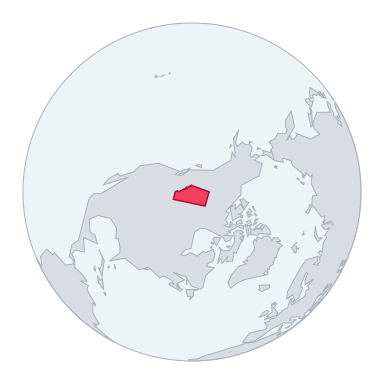 the Earth from above Alberta, rotated 107°
{"feature_id": "CAN-632", "entity_name": "Alberta", "entity_type": "Province", "adm_level": 1, "iso_a3": "CAN", "parent_name": "Canada", "parent_adm1": "", "projection": "orthographic", "projection_center": [-116.491, 54.496], "detail": "medium", "context": "on_globe", "style": "filled", "palette": "rose", "viewbox_px": 384, "rotation_deg": 107, "n_neighbors": 0, "source": "natural_earth", "source_scale": "10m", "svg_char_len": 10874}
<svg xmlns="http://www.w3.org/2000/svg" viewBox="0 0 384 384"><g transform="rotate(107 192 192)"><circle cx="192" cy="192" r="169" fill="#eef3f6" stroke="#a8b0b8"/><path d="M46.7,278.1L47.1,278.9L46.7,278.1ZM300.2,321.8L307.0,314.6L306.1,314.1L298.1,318.0L288.9,314.2L292.9,306.7L290.2,305.7L298.9,291.5L295.6,284.6L292.3,285.4L289.6,290.6L277.3,291.4L271.7,286.5L228.1,288.5L222.3,285.4L220.3,278.7L196.3,257.1L211.1,278.8L203.5,275.5L195.7,268.1L198.0,265.8L190.0,253.8L182.0,249.2L174.3,232.4L175.9,209.6L179.8,213.2L179.7,207.6L174.9,202.9L171.7,201.2L165.0,177.9L150.1,163.9L142.0,165.4L146.5,160.6L128.8,167.9L118.6,165.5L132.3,164.7L135.3,161.9L129.4,158.3L131.2,154.8L129.4,151.1L132.1,147.4L139.9,147.5L141.7,145.2L137.4,142.8L137.4,137.8L143.5,141.5L144.1,133.2L157.2,132.7L171.2,147.0L180.6,144.5L200.6,153.9L200.9,150.1L208.7,151.8L211.9,148.2L214.7,151.3L214.9,145.8L211.7,143.8L210.7,140.8L212.3,138.6L216.2,141.9L215.9,143.5L217.9,143.4L219.1,146.1L219.4,143.5L223.9,148.1L221.9,140.4L227.5,141.5L229.8,145.4L226.3,149.0L223.1,168.2L224.4,173.8L229.6,177.8L246.3,176.5L249.0,181.2L255.1,184.7L255.1,180.1L250.3,175.8L251.8,168.3L245.8,164.2L245.6,160.7L240.7,155.2L245.0,151.8L251.7,151.6L255.9,156.1L259.0,156.3L257.8,148.7L268.4,154.4L280.1,153.6L282.5,155.7L282.1,165.2L274.9,173.0L274.3,186.5L278.3,173.7L284.1,179.7L286.6,179.1L288.3,176.5L287.5,172.7L290.2,174.1L287.3,187.0L284.8,185.9L285.7,181.7L282.4,185.7L280.5,194.9L283.6,197.5L277.5,209.7L279.6,211.9L279.5,215.9L276.5,211.6L281.8,219.7L275.0,236.8L282.1,250.8L271.3,243.2L265.1,245.0L258.1,248.8L259.2,251.1L248.5,253.6L241.1,262.3L241.9,275.0L248.2,282.2L259.8,278.1L261.7,272.0L269.2,267.4L267.2,282.4L281.0,277.3L281.5,286.7L286.0,288.9L292.1,284.0L298.6,282.0L302.1,274.1L308.1,266.3L309.6,272.9L311.9,263.8L316.0,264.0L327.3,252.0L326.8,254.5L336.6,251.5L344.9,242.4L346.9,243.8L346.1,248.0L348.5,244.2L348.5,245.8L356.1,229.0L358.2,222.2L358.0,223.3L355.2,235.9L351.3,248.3L346.5,260.3L340.9,271.9L334.3,283.1L326.9,293.7L318.7,303.7L309.8,313.1L300.2,321.8ZM91.0,261.0L91.5,257.8L93.3,261.0L91.0,261.0ZM90.4,255.0L90.5,256.3L90.1,255.1L90.4,255.0ZM89.2,253.6L90.0,254.6L88.9,253.8L89.2,253.6ZM87.4,252.1L88.4,252.8L87.4,252.1ZM283.1,256.0L298.7,253.4L291.4,259.6L292.5,257.4L288.2,257.0L280.8,258.6L274.0,264.2L283.1,256.0ZM85.1,248.8L84.6,247.9L85.6,248.2L85.1,248.8ZM286.4,244.1L283.8,245.2L286.1,243.6L286.4,244.1ZM170.0,201.1L174.6,203.2L178.3,208.9L174.3,207.5L170.0,201.1ZM163.3,190.5L165.9,190.3L165.7,196.1L164.3,194.4L163.3,190.5ZM135.8,167.4L139.2,169.1L135.3,168.7L135.8,167.4ZM128.6,151.3L127.1,152.0L126.8,149.9L128.6,151.3ZM238.7,157.5L239.7,156.4L240.1,158.0L238.7,157.5ZM235.7,156.2L235.5,158.8L234.0,158.7L234.2,157.0L235.7,156.2ZM130.7,142.2L130.7,138.6L132.0,142.2L130.7,142.2ZM236.4,153.0L231.4,158.0L228.8,157.6L227.3,151.2L236.4,153.0ZM131.6,136.6L131.5,128.3L128.0,129.0L137.7,122.4L134.6,131.5L136.8,135.8L133.7,134.7L131.6,136.6ZM210.0,144.1L213.4,146.2L209.1,146.5L210.0,144.1ZM207.4,145.1L195.4,150.9L191.1,146.9L196.0,145.7L189.3,142.4L193.1,137.5L197.7,138.2L199.7,141.7L199.6,137.2L207.4,145.1ZM143.1,120.3L144.2,118.4L144.5,120.4L143.1,120.3ZM210.0,139.6L207.9,141.0L204.1,137.6L207.5,134.1L207.6,136.3L210.0,139.6ZM185.6,144.0L183.4,141.0L185.8,136.2L185.3,134.4L192.8,137.0L185.6,144.0ZM209.3,136.0L209.3,132.5L212.6,132.1L211.7,138.0L209.3,136.0ZM201.7,138.3L200.0,136.6L202.0,136.3L201.7,138.3ZM224.2,129.3L221.9,130.9L219.7,129.2L224.2,129.3ZM209.1,131.2L207.9,131.4L206.8,130.9L207.4,128.6L209.1,131.2ZM194.0,133.6L195.5,132.3L191.1,132.2L192.7,128.7L197.5,131.2L196.1,128.7L196.6,127.7L199.9,130.9L194.0,133.6ZM204.7,125.1L211.3,127.3L216.1,124.6L218.2,126.0L210.0,130.1L204.7,125.1ZM201.6,128.2L204.0,126.6L205.4,129.0L204.6,131.6L201.6,128.2ZM192.2,125.6L188.4,130.2L187.5,129.5L192.2,125.6ZM205.8,123.8L204.2,123.3L206.0,123.3L205.8,123.8ZM196.1,124.4L194.9,126.1L193.9,125.3L196.1,124.4ZM202.0,121.0L204.1,121.7L203.7,123.4L202.0,121.0ZM199.1,122.2L198.0,120.6L202.2,123.6L198.7,123.1L199.1,122.2ZM195.3,123.4L194.3,123.5L196.0,122.8L195.3,123.4ZM202.5,114.1L208.0,117.5L207.0,121.3L201.8,117.4L202.5,114.1ZM354.5,145.6L353.5,146.5L350.0,138.0L346.6,134.3L320.4,95.5L317.9,89.2L300.7,68.2L299.1,66.0L304.4,68.9L294.1,57.7L286.9,52.9L274.3,44.5L270.7,42.5L281.5,48.7L291.7,55.6L301.5,63.3L310.6,71.7L319.1,80.7L327.0,90.4L334.1,100.5L340.4,111.2L345.9,122.3L350.6,133.8L354.5,145.6ZM262.4,38.4L254.3,35.4L271.4,44.0L271.1,45.2L254.8,37.8L239.3,31.4L238.7,31.8L245.7,35.9L239.3,34.9L247.8,37.6L246.5,36.1L251.7,37.9L253.3,39.4L251.0,38.9L254.8,41.2L264.8,43.5L264.5,42.3L276.4,49.2L277.0,48.0L281.2,50.2L281.7,53.2L279.6,52.8L282.8,60.5L286.2,61.4L283.3,54.4L285.5,56.5L290.0,58.2L288.3,58.5L290.5,66.5L299.3,75.4L315.5,87.9L319.6,94.3L320.8,99.9L310.1,95.5L302.0,81.8L298.1,80.6L295.5,84.4L293.3,80.1L291.2,80.2L287.8,75.5L278.8,70.8L274.7,66.7L267.1,66.7L264.0,64.8L269.3,65.2L270.8,63.5L260.1,54.5L256.8,53.3L252.8,54.2L250.4,51.8L247.8,53.9L239.7,50.3L247.5,56.6L243.0,58.3L235.9,57.4L235.8,59.3L247.3,60.7L250.7,60.4L251.3,58.2L261.6,58.9L266.2,61.6L260.7,65.6L266.6,70.1L259.7,71.6L232.7,66.0L223.5,62.9L216.7,52.6L221.2,51.7L225.8,54.8L225.2,49.7L223.5,51.1L221.5,49.3L216.6,50.9L214.9,49.7L213.2,53.5L210.6,52.2L211.7,49.8L202.4,51.6L195.9,50.0L194.6,51.0L195.0,52.6L186.5,49.8L185.9,50.7L188.5,51.9L188.9,54.6L186.5,58.3L183.7,57.1L184.2,55.6L181.0,50.9L182.8,47.4L181.4,47.3L179.2,50.2L183.0,55.8L182.4,58.4L179.9,55.8L180.7,57.0L179.5,57.9L175.7,57.8L178.1,60.8L168.5,74.0L160.1,75.5L158.9,71.5L149.2,80.5L140.5,82.2L142.9,83.2L139.9,88.7L142.6,88.2L143.5,89.1L136.9,103.6L133.2,106.4L133.0,114.4L134.2,115.0L137.0,113.4L137.7,122.4L128.0,129.0L125.8,127.3L121.3,132.9L116.7,128.2L110.8,127.1L108.5,119.2L104.1,119.3L102.8,121.5L95.8,123.6L85.9,120.7L99.5,113.1L115.5,117.0L109.5,114.3L112.5,112.1L111.3,109.5L106.9,108.1L105.4,109.7L106.8,94.0L99.4,86.8L95.9,93.5L90.8,96.7L79.4,96.0L75.2,82.9L68.4,88.4L66.1,89.1L67.8,85.0L71.2,83.8L75.5,79.3L77.2,79.4L81.0,72.9L83.6,72.8L85.4,68.1L81.6,70.3L77.2,75.8L77.6,72.2L69.6,79.1L65.5,81.7L68.2,77.0L77.0,68.2L86.5,60.1L96.4,52.7L107.0,46.0L117.9,40.1L129.3,35.1L141.0,30.9L153.0,27.6L165.2,25.2L177.5,23.7L190.0,23.1L202.4,23.4L214.8,24.6L227.0,26.7L239.1,29.7L250.9,33.6L262.4,38.4ZM332.9,107.8L334.5,109.1L332.9,107.8ZM225.1,26.5L214.4,24.6L215.5,25.6L211.5,25.0L213.3,25.7L215.6,25.7L219.6,27.6L213.6,27.1L213.0,27.9L216.6,28.6L226.8,29.4L221.3,26.4L225.3,26.8L225.1,26.5ZM327.7,251.6L329.2,251.4L327.5,253.4L327.7,251.6ZM291.3,263.4L294.2,261.6L296.0,261.7L293.9,263.6L291.3,263.4ZM313.6,245.7L316.5,243.7L313.9,247.1L313.6,245.7ZM300.9,252.7L311.3,247.6L306.1,254.9L299.4,258.1L303.5,254.1L300.9,252.7ZM286.8,249.6L288.8,249.0L288.7,250.8L286.8,249.6ZM288.1,243.0L287.4,243.6L286.1,243.0L288.1,243.0ZM284.3,178.9L284.6,177.9L286.8,176.0L286.5,178.2L284.3,178.9ZM291.5,160.3L295.7,162.9L292.5,162.4L293.1,165.8L287.1,169.3L283.4,157.0L286.1,161.8L291.5,160.3ZM278.0,171.0L282.3,169.9L277.8,171.6L278.0,171.0ZM283.4,86.0L283.6,83.7L286.9,84.6L292.1,90.7L287.3,89.3L283.4,86.0ZM283.1,80.3L276.2,83.1L272.7,79.7L275.8,81.1L274.2,78.5L278.8,80.1L282.2,74.6L285.3,75.1L293.2,85.5L288.9,81.7L289.0,84.0L283.1,80.3ZM264.8,98.6L261.7,100.5L258.0,90.6L261.3,90.1L266.7,95.8L266.0,99.9L264.8,98.6ZM234.8,141.0L233.8,142.9L232.8,141.9L232.7,139.5L234.8,141.0ZM223.3,130.1L237.7,132.0L237.3,134.2L246.1,133.0L248.7,138.4L242.9,138.9L251.5,142.3L247.3,144.9L253.2,146.7L240.0,147.3L236.6,150.0L239.4,144.8L237.2,139.8L235.2,138.4L226.9,136.7L218.4,140.3L214.8,136.2L214.5,132.3L216.0,130.8L217.9,133.9L218.6,129.6L222.4,133.0L223.3,130.1ZM213.3,93.0L214.8,96.5L216.8,89.9L220.6,92.7L220.6,91.7L224.7,92.6L229.7,92.1L230.9,93.9L232.3,92.9L235.1,93.6L237.4,92.9L240.5,96.0L243.6,95.5L243.3,97.3L247.8,95.6L245.8,98.3L249.2,99.6L249.3,96.3L260.3,115.9L266.4,122.6L272.6,126.9L268.4,131.1L259.9,130.0L250.1,126.2L244.8,119.3L243.9,122.7L241.1,120.4L243.0,118.7L238.4,120.1L236.6,117.8L227.8,115.3L222.2,118.9L218.9,118.2L220.2,115.7L216.0,116.8L216.1,111.6L213.7,111.0L211.5,105.4L215.3,101.1L212.3,100.8L210.5,96.8L213.3,93.0ZM202.0,112.4L205.7,106.3L209.7,104.9L211.9,115.2L214.1,116.5L215.7,123.3L209.9,125.3L210.0,123.1L208.8,121.5L211.1,121.5L208.3,120.2L208.3,117.3L206.1,115.6L207.9,114.0L202.0,112.4ZM295.2,63.2L293.6,61.6L290.6,59.0L293.4,60.2L295.2,63.2ZM297.0,68.6L295.2,67.0L297.7,67.1L299.4,69.0L297.0,68.6ZM292.1,66.1L294.9,66.9L294.4,67.6L292.1,66.1ZM267.5,63.9L265.4,62.4L266.0,61.9L268.1,62.4L267.5,63.9ZM219.9,74.8L220.2,76.8L219.0,76.9L216.3,80.6L213.2,79.0L213.6,76.1L219.9,74.8ZM258.4,37.0L262.7,38.8L263.7,39.4L262.0,38.6L258.4,37.0ZM279.8,48.9L276.0,46.1L280.6,49.3L279.8,48.9ZM216.1,73.7L215.3,75.4L214.3,73.5L216.1,73.7ZM210.8,78.0L209.2,76.2L212.5,79.2L210.8,78.0ZM62.5,84.1L60.4,86.2L60.2,86.3L62.7,83.4L62.5,84.1ZM188.7,64.1L196.0,60.5L199.2,57.2L197.8,54.2L202.9,57.1L198.0,62.1L188.7,64.1ZM171.3,72.7L172.5,75.7L169.9,75.7L169.3,75.1L171.3,72.7ZM173.5,73.6L178.8,74.8L178.2,77.4L174.1,75.9L173.5,73.6ZM197.7,73.4L200.0,72.4L200.8,73.9L197.7,73.4ZM47.0,278.8L45.4,276.0L46.7,278.1L47.0,278.8ZM58.8,98.5L61.0,97.0L59.7,100.1L58.6,100.2L58.8,98.5ZM57.5,109.7L60.1,100.5L62.4,93.6L60.4,96.1L58.6,95.7L63.1,91.2L63.4,95.1L61.1,100.7L63.3,100.9L63.2,105.0L67.3,103.6L68.1,105.4L63.7,108.5L57.5,109.7ZM69.1,102.8L76.1,102.7L72.5,109.4L70.1,110.9L68.5,108.0L70.5,104.6L69.1,102.8ZM76.7,104.7L78.7,101.5L93.2,96.5L95.3,97.2L82.4,104.1L83.6,101.5L80.7,101.7L76.7,104.7ZM142.5,118.1L144.1,118.4L142.3,119.5L142.5,118.1ZM145.0,88.7L146.0,90.2L143.9,91.2L145.0,88.7ZM147.5,94.9L149.1,92.6L148.6,95.5L147.5,94.9ZM152.6,87.6L150.3,92.0L150.8,87.1L152.6,87.6Z" fill="#d9dde1" stroke="#a8b0b8" stroke-width="1"/><path d="M204.5,207.6L196.7,208.1L196.5,207.8L196.5,207.7L196.4,207.6L196.1,207.5L196.1,207.4L195.9,207.1L195.7,207.0L195.6,206.8L195.7,206.6L195.4,206.5L195.3,206.4L195.5,206.3L195.5,206.1L195.5,205.9L195.4,205.5L195.4,205.3L195.5,205.3L195.5,205.0L195.3,204.8L195.3,204.6L195.2,204.2L194.8,203.6L194.6,203.5L194.4,203.6L194.2,203.4L194.3,203.3L194.2,203.1L193.8,202.9L193.7,202.8L193.6,202.7L193.6,202.4L193.5,202.2L193.4,202.2L193.1,202.0L192.9,201.9L192.9,201.7L192.6,201.5L192.6,201.4L192.4,201.4L192.4,201.2L192.2,200.8L192.2,200.7L191.8,200.4L191.8,200.2L191.7,199.9L191.5,200.0L191.4,200.1L191.2,200.2L191.1,199.8L191.0,199.6L190.6,199.2L190.5,198.8L190.4,199.0L190.2,198.9L190.0,199.0L189.9,198.8L189.7,198.7L189.7,198.4L189.8,198.2L189.5,198.1L189.3,197.9L189.2,198.0L188.9,198.2L188.9,197.9L188.8,197.7L188.7,197.5L188.8,197.3L188.7,197.1L188.6,196.8L188.4,196.7L188.2,196.7L188.1,196.3L188.1,196.2L187.8,195.8L187.6,195.6L187.5,195.8L187.3,195.8L187.1,195.7L186.9,195.2L186.7,195.2L186.3,195.1L186.2,194.8L186.0,194.7L186.3,194.5L186.3,194.4L186.2,194.2L185.9,193.9L186.8,175.7L201.6,175.4L204.5,207.6Z" fill="#f43f5e" stroke="#9f1239" stroke-width="1.5"/></g></svg>